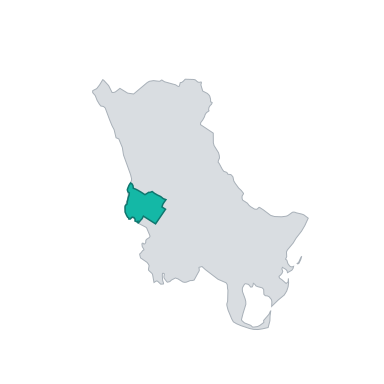 Darganata, Chardzhou, Turkmenistan shown in context, rotated 214°
{"feature_id": "10190150B50164786179090", "entity_name": "Darganata", "entity_type": "district", "adm_level": 2, "iso_a3": "TKM", "parent_name": "Turkmenistan", "parent_adm1": "Chardzhou", "projection": "mercator", "projection_center": [61.431, 40.609], "detail": "fine", "context": "in_parent", "style": "filled", "palette": "teal", "viewbox_px": 384, "rotation_deg": 214, "n_neighbors": 0, "source": "geoboundaries", "source_scale": "gbopen_adm2", "svg_char_len": 4660}
<svg xmlns="http://www.w3.org/2000/svg" viewBox="0 0 384 384"><g transform="rotate(214 192 192)"><path d="M121.6,134.2L137.2,135.1L142.0,135.8L144.0,133.5L143.9,132.9L143.2,132.5L142.0,130.9L141.0,120.2L142.3,118.7L143.9,117.6L146.2,114.2L147.4,113.1L149.2,112.3L155.2,112.1L157.7,111.4L159.8,107.5L160.3,105.3L161.9,103.5L162.8,103.5L166.9,105.0L167.8,105.8L169.1,108.7L170.6,108.5L170.9,108.0L170.7,107.4L169.5,105.6L167.0,102.4L164.5,100.4L164.3,99.7L166.4,98.1L170.7,98.8L171.8,98.3L172.9,95.7L178.5,101.5L179.6,102.1L184.1,102.8L184.9,103.6L186.4,107.0L187.9,107.8L189.8,108.5L197.8,108.6L200.3,110.8L200.7,111.4L200.3,112.9L200.1,115.9L199.5,117.1L199.9,117.6L202.7,118.9L204.4,120.8L204.6,121.6L204.1,122.2L202.7,121.9L202.1,122.8L202.1,124.3L203.1,125.8L203.3,127.1L202.0,130.2L201.9,131.5L202.4,132.2L209.6,136.9L210.7,137.0L217.7,136.2L218.9,136.7L225.0,137.7L226.7,137.6L227.9,136.1L229.0,135.5L230.0,135.4L232.9,136.4L236.0,138.4L238.0,140.2L239.0,141.9L241.8,150.9L243.6,154.6L245.8,156.5L247.3,159.9L248.6,167.6L249.4,169.1L252.7,172.1L269.5,184.4L274.6,189.9L282.4,195.1L285.3,194.5L291.4,200.1L295.3,202.2L300.4,205.6L310.9,213.1L313.2,213.4L315.7,212.3L317.9,213.0L321.9,214.9L326.1,217.8L329.8,218.8L330.8,220.1L330.9,220.7L328.8,224.4L328.5,229.0L328.8,235.2L327.8,235.3L320.6,233.6L313.9,229.8L312.3,231.0L311.4,232.3L309.7,237.6L300.6,238.0L295.2,240.6L290.3,257.8L289.2,260.0L286.2,262.8L281.0,265.5L280.2,266.6L280.0,267.6L279.4,268.0L276.5,268.0L265.5,271.7L263.1,271.7L262.1,272.0L261.7,272.7L262.9,276.1L261.9,277.0L261.2,278.7L260.7,281.7L253.4,286.3L251.9,286.8L249.0,286.4L247.5,286.8L246.0,288.3L245.2,287.8L244.9,286.4L244.1,285.4L239.6,281.7L234.4,282.3L232.5,282.0L230.9,281.4L228.5,279.3L227.0,277.2L225.4,277.5L225.0,276.5L224.9,275.4L225.3,274.0L225.2,271.5L224.3,269.6L223.3,268.8L224.4,265.8L224.4,263.6L223.7,261.2L223.4,257.7L223.6,254.3L222.6,252.6L207.3,252.7L201.8,244.7L199.6,242.8L192.0,239.4L189.9,237.6L188.2,235.6L187.7,232.8L186.9,231.2L185.7,231.0L179.7,227.8L177.3,226.9L174.1,227.7L172.1,226.8L169.9,228.0L168.9,228.1L166.5,227.4L163.5,224.5L160.9,223.3L155.6,221.4L151.9,220.8L148.6,219.7L148.3,219.3L148.2,216.8L147.7,215.8L146.8,214.6L145.5,213.6L139.8,213.7L137.2,212.8L135.2,212.6L130.7,212.8L129.2,213.5L128.4,214.3L127.9,216.7L127.4,217.0L123.0,217.1L113.7,216.6L109.9,217.8L103.9,221.5L100.4,224.6L99.4,226.0L97.4,231.4L96.5,232.2L95.3,232.8L94.1,233.0L88.6,235.1L86.5,235.6L81.0,235.3L79.7,227.3L79.3,220.8L79.9,211.9L79.6,206.2L80.5,197.4L80.2,195.2L77.3,191.3L76.9,188.6L75.2,188.5L72.4,186.2L69.7,185.3L68.3,185.3L67.1,185.9L66.2,187.2L65.5,185.2L65.5,183.0L67.7,178.5L69.1,179.8L70.7,180.3L74.9,180.1L74.5,178.5L72.4,177.0L71.9,174.9L72.1,172.8L72.7,170.8L72.0,170.0L71.0,169.5L68.8,169.6L62.8,168.8L62.1,171.2L63.8,174.3L61.1,170.7L59.3,167.1L58.1,162.8L57.9,158.2L60.1,150.8L62.0,141.7L64.3,145.5L65.9,147.2L69.6,148.3L71.4,148.0L73.3,147.0L75.2,147.4L78.1,151.3L80.2,151.8L84.5,150.3L86.5,149.9L88.3,150.6L90.1,150.6L89.3,148.8L89.0,147.0L90.1,146.0L93.5,147.0L96.2,146.0L96.7,145.5L96.9,143.9L96.6,140.8L95.9,139.5L94.4,137.6L88.3,133.2L86.3,131.4L84.6,129.1L81.8,119.9L79.7,114.0L78.9,113.3L75.4,112.8L68.7,114.3L66.3,113.9L65.2,114.6L62.5,117.0L61.2,119.2L59.5,124.0L60.8,125.6L59.8,133.7L60.4,137.2L60.2,137.4L58.1,133.1L55.4,128.8L53.1,122.2L57.1,117.9L60.5,114.8L64.2,112.5L68.0,111.0L76.6,108.6L81.3,107.7L85.1,107.5L88.1,109.0L96.1,114.3L99.5,117.3L100.5,118.6L101.4,121.4L107.3,130.7L108.7,132.0L110.9,134.9L113.1,135.8L121.6,134.2ZM65.2,198.9L65.1,200.1L64.0,196.5L63.5,192.6L64.1,191.5L64.9,191.6L64.2,193.0L65.2,198.9Z" fill="#d9dde1" stroke="#a8b0b8" stroke-width="1"/><path d="M219.3,136.2L218.9,138.2L218.8,139.9L218.5,141.3L218.5,141.7L218.5,142.5L218.6,143.0L218.8,144.8L218.6,144.8L204.4,145.2L204.3,162.9L208.5,162.8L209.3,165.3L209.4,167.7L209.3,171.1L210.6,170.8L212.0,170.4L215.2,170.7L215.5,170.7L216.2,170.6L219.4,170.1L220.2,170.1L222.3,169.9L224.8,170.1L225.2,170.1L225.3,170.1L226.5,168.3L227.8,167.4L228.5,165.6L228.7,165.3L229.5,163.5L234.2,163.4L237.5,163.2L240.0,162.9L242.8,162.3L243.5,163.2L244.3,164.0L244.5,164.3L246.2,165.1L246.5,165.2L248.0,165.1L248.0,162.5L247.5,160.1L247.0,157.9L246.2,157.0L244.7,156.2L243.5,156.2L242.4,154.2L242.0,152.6L241.5,151.0L240.8,149.5L240.3,147.8L239.8,147.1L239.1,145.4L239.6,144.0L239.6,143.0L239.1,142.1L237.4,139.7L236.3,138.0L234.4,136.8L232.8,135.8L232.0,135.5L231.3,135.1L230.0,135.1L229.3,134.3L228.2,134.9L227.9,135.7L227.9,136.9L227.5,137.8L225.7,138.4L224.8,138.0L223.7,137.4L223.1,136.1L222.3,136.3L221.2,136.3L220.6,137.3L220.3,136.6L219.3,136.2Z" fill="#14b8a6" stroke="#0f766e" stroke-width="1.5"/></g></svg>